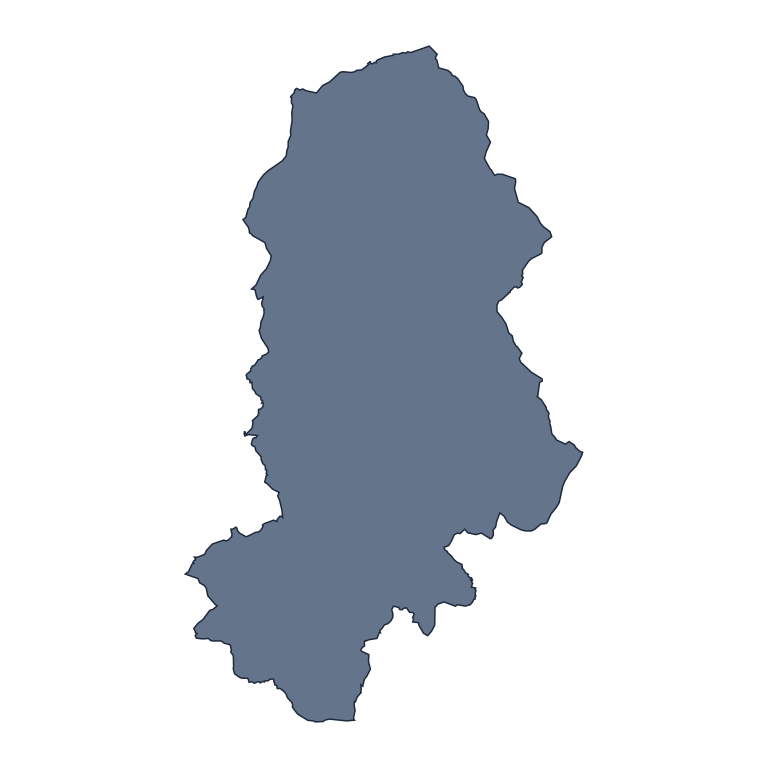 Batani, Covasna, Romania (orthographic projection)
{"feature_id": "2599482B35119145322325", "entity_name": "Batani", "entity_type": "district", "adm_level": 2, "iso_a3": "ROU", "parent_name": "Romania", "parent_adm1": "Covasna", "projection": "orthographic", "projection_center": [25.726, 46.103], "detail": "fine", "context": "isolated", "style": "filled", "palette": "slate", "viewbox_px": 768, "rotation_deg": 0, "n_neighbors": 0, "source": "geoboundaries", "source_scale": "gbopen_adm2", "svg_char_len": 6077}
<svg xmlns="http://www.w3.org/2000/svg" viewBox="0 0 768 768"><path d="M361.2,692.4L360.7,691.9L361.2,689.7L360.9,684.9L362.7,686.3L364.4,679.2L366.9,676.1L370.4,669.1L368.5,661.5L368.8,654.6L362.0,651.5L360.9,650.4L361.0,649.6L362.3,647.4L364.6,646.0L364.3,642.6L364.8,640.7L365.7,641.1L369.0,639.7L377.0,638.4L379.3,632.7L380.5,632.8L379.7,630.5L381.6,629.1L384.4,624.9L388.0,623.6L390.8,621.0L392.8,617.4L392.9,613.9L391.7,609.4L393.5,606.2L398.3,607.3L399.3,608.2L399.5,609.4L400.8,609.7L402.3,609.7L403.5,608.3L406.6,607.9L409.6,612.4L412.8,612.5L414.2,614.3L412.6,617.4L413.5,619.1L412.7,622.0L418.6,622.7L419.0,625.5L423.5,633.3L427.7,635.7L431.5,631.3L434.7,625.3L435.0,607.4L437.9,604.1L444.2,602.0L455.5,606.2L457.2,604.7L465.4,606.1L470.4,604.6L473.0,601.3L473.6,599.5L475.2,598.9L475.1,596.6L475.9,596.0L475.0,593.7L476.0,590.5L474.9,589.1L475.7,588.1L471.3,587.0L472.6,583.4L470.7,579.8L472.4,580.2L471.5,577.8L470.0,577.7L468.2,576.1L467.9,575.4L468.4,574.4L465.4,572.7L463.5,569.3L462.5,569.1L461.9,564.4L456.8,562.0L453.8,559.4L452.0,556.6L447.5,552.5L447.3,551.5L444.8,549.8L444.2,547.3L448.7,545.5L451.5,541.0L454.1,534.9L457.0,533.2L460.2,533.6L464.7,529.2L467.7,532.8L475.9,534.6L481.4,533.1L489.9,538.5L491.5,538.5L493.4,535.2L493.1,530.1L495.6,527.1L496.6,521.6L499.8,512.9L504.1,516.2L507.4,522.0L511.2,525.0L520.8,529.7L525.2,530.9L531.4,530.9L534.7,529.3L541.1,523.9L544.5,523.8L546.9,522.9L550.9,514.1L556.3,507.5L559.2,502.6L562.7,486.3L564.9,481.1L569.7,472.8L576.3,465.9L581.4,456.2L582.7,452.3L579.8,451.3L575.8,447.7L574.3,445.0L569.1,441.6L565.3,444.1L556.6,440.0L554.2,436.3L552.5,434.8L551.7,433.3L550.8,426.9L549.7,423.6L550.0,420.8L548.8,418.8L548.4,415.8L549.0,413.4L547.6,410.9L546.7,410.3L546.0,407.0L541.3,399.8L537.1,396.4L537.7,396.0L539.6,382.3L542.3,381.0L542.0,378.8L531.4,372.3L520.7,362.2L519.2,358.5L521.9,353.2L517.3,346.8L516.3,346.4L513.3,341.2L512.3,335.9L508.8,333.0L505.9,323.8L501.6,317.1L497.2,311.8L496.8,305.8L498.7,301.1L501.4,300.0L508.4,293.6L508.6,292.7L510.0,292.4L509.9,291.6L514.0,287.1L516.5,286.9L517.6,288.0L519.8,287.2L521.4,285.7L522.4,284.1L521.3,282.1L523.2,277.3L521.5,275.8L522.7,274.3L522.5,270.1L528.7,261.1L531.7,258.5L541.4,253.6L541.9,252.8L541.9,247.3L544.4,242.4L551.7,236.8L550.0,231.7L543.4,226.7L540.4,223.3L537.2,216.8L529.0,207.7L518.3,202.3L514.5,188.6L515.7,181.9L515.4,178.8L502.5,174.3L497.3,174.2L494.6,175.4L491.4,170.1L489.9,168.6L484.4,158.5L486.1,152.0L490.5,142.2L486.4,135.0L488.2,128.5L488.5,121.4L484.2,113.9L480.7,111.4L479.6,109.6L476.2,99.5L474.6,97.6L467.8,96.0L465.0,93.1L463.4,89.8L463.0,86.3L457.8,78.7L455.0,76.3L452.2,75.4L450.8,72.7L447.9,70.4L438.8,67.9L436.8,59.9L435.6,59.1L435.6,57.1L437.2,54.3L429.2,46.1L410.6,52.6L407.7,51.7L406.2,53.1L402.7,52.6L398.4,54.2L393.2,54.2L393.0,55.4L384.6,57.0L377.4,60.0L376.2,61.3L376.3,62.7L374.2,62.5L373.0,63.6L370.5,63.7L370.5,62.0L370.0,61.7L367.8,63.5L368.3,64.5L366.3,66.5L361.5,69.9L356.4,70.4L354.6,71.8L351.0,72.5L343.0,71.7L340.1,72.3L329.8,81.8L322.8,85.4L316.4,93.0L306.1,90.7L302.9,89.0L299.9,89.9L296.4,88.4L294.6,90.2L294.6,91.9L293.5,93.7L290.7,96.5L290.6,97.1L291.5,97.4L291.4,102.6L292.9,105.8L291.8,112.6L292.1,120.6L290.5,130.6L290.8,135.4L288.2,141.4L288.1,147.4L286.9,150.2L286.2,155.9L282.2,160.9L268.1,170.7L263.7,174.7L260.2,179.2L258.0,182.5L256.8,186.7L254.5,191.0L253.0,198.3L250.1,202.6L249.6,207.1L248.0,209.2L245.7,217.6L243.0,219.6L248.2,227.1L249.1,229.5L249.5,233.0L251.2,233.8L252.7,235.7L265.0,242.7L266.5,248.4L271.1,255.7L270.4,260.5L266.5,268.6L260.7,275.1L256.1,284.9L251.6,289.0L255.0,289.7L256.5,296.3L257.7,299.1L258.3,299.4L263.3,296.9L261.7,303.3L262.1,306.0L263.9,308.4L264.1,313.0L263.3,316.7L261.0,321.8L260.3,327.9L259.1,330.5L261.5,338.5L268.0,348.4L268.7,352.0L266.0,354.4L262.2,355.9L261.8,357.5L260.2,359.2L258.3,359.7L254.8,365.1L252.3,366.1L250.7,369.0L250.8,370.7L246.8,374.1L246.1,375.6L246.9,377.2L246.9,378.8L249.6,379.7L250.1,382.8L251.8,382.1L252.5,388.9L254.9,391.3L255.7,393.6L260.9,397.3L261.0,399.8L262.6,400.9L261.7,403.1L262.9,402.7L263.4,404.3L262.6,407.3L260.2,409.2L258.6,409.4L258.3,412.1L258.8,413.1L257.6,416.0L252.4,420.6L253.0,422.8L252.0,428.2L246.3,434.0L245.4,433.4L245.1,431.8L244.4,431.8L244.2,434.3L244.9,436.0L248.3,434.6L257.4,435.5L255.9,437.7L254.4,437.7L252.7,439.0L251.3,444.2L252.3,445.6L254.8,446.8L255.9,450.8L261.1,456.8L261.1,459.4L262.8,463.6L265.2,465.8L265.5,469.8L266.6,470.0L266.7,472.6L266.1,473.6L267.4,475.1L266.2,475.7L264.7,482.2L267.5,483.9L272.5,489.1L279.1,492.5L277.7,495.9L279.6,500.4L281.9,510.0L282.6,517.3L281.5,516.3L279.8,516.3L277.1,519.6L276.8,521.5L273.6,520.2L264.3,523.6L262.4,525.1L263.0,526.6L261.0,529.9L259.0,531.8L255.7,532.3L246.8,536.6L246.0,536.7L239.7,533.2L237.7,530.9L236.5,527.4L235.5,527.3L233.0,529.1L230.8,529.2L232.0,534.0L231.7,536.4L228.8,539.8L226.2,540.9L223.9,540.1L212.5,543.9L206.2,550.7L205.4,553.1L204.1,554.6L197.9,557.1L194.4,557.2L195.8,558.7L195.0,559.3L195.1,560.3L193.9,560.8L192.9,562.3L193.8,563.4L192.7,563.6L191.7,564.8L188.7,571.4L185.3,574.1L197.9,578.5L199.8,582.9L204.4,585.6L206.2,588.1L207.8,595.8L215.5,604.8L217.3,605.8L213.0,609.3L209.7,610.4L202.9,619.6L198.3,623.0L194.3,627.8L193.8,628.7L195.2,631.1L195.4,632.7L197.0,633.6L195.3,635.3L195.5,636.5L196.5,638.2L202.6,638.9L208.4,638.5L210.5,640.4L212.7,641.0L221.2,640.9L224.3,643.3L228.9,644.3L230.5,645.5L231.3,650.0L230.8,652.2L233.1,655.3L233.4,657.6L233.6,666.7L233.2,668.3L234.5,673.7L239.3,677.2L242.3,678.3L247.1,678.1L248.2,679.1L249.1,682.3L251.9,681.7L254.4,683.3L257.2,681.9L258.9,681.7L260.2,682.9L263.0,681.4L264.3,682.0L265.0,680.8L268.0,680.9L269.7,679.4L273.0,678.9L273.9,680.0L273.7,681.3L274.5,682.7L274.5,684.1L275.1,685.1L276.6,685.3L277.3,688.6L280.0,688.4L284.4,691.8L286.2,694.3L287.4,697.7L291.7,702.4L292.6,704.5L292.4,707.2L297.6,714.1L307.8,720.3L313.8,721.0L315.1,721.9L323.1,721.5L325.3,720.0L329.6,719.1L346.6,720.9L354.5,720.2L353.7,719.2L353.6,717.7L355.1,710.2L354.2,706.0L354.3,701.5L355.5,701.8L357.1,697.2L361.2,692.4Z" fill="#64748b" stroke="#1e293b" stroke-width="1.5"/></svg>